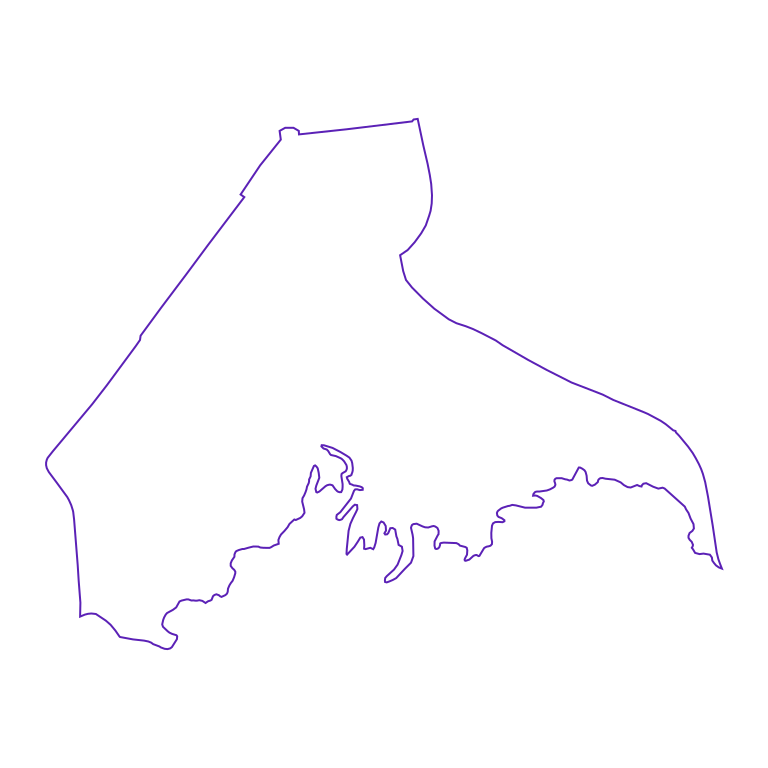 Minshat Nasir, Al Qahirah, Egypt
{"feature_id": "37247803B62139513677683", "entity_name": "Minshat Nasir", "entity_type": "district", "adm_level": 2, "iso_a3": "EGY", "parent_name": "Egypt", "parent_adm1": "Al Qahirah", "projection": "orthographic", "projection_center": [31.288, 30.043], "detail": "fine", "context": "isolated", "style": "outline", "palette": "violet", "viewbox_px": 768, "rotation_deg": 0, "n_neighbors": 0, "source": "geoboundaries", "source_scale": "gbopen_adm2", "svg_char_len": 6103}
<svg xmlns="http://www.w3.org/2000/svg" viewBox="0 0 768 768"><path d="M74.1,519.6L77.7,565.1L78.7,581.0L80.4,602.7L80.1,616.6L84.9,614.6L88.1,613.8L91.4,613.5L95.9,614.0L105.8,620.6L110.6,624.8L115.4,630.6L119.4,636.4L120.0,637.0L133.0,639.4L144.0,640.6L148.4,641.5L151.3,642.7L153.1,644.1L159.5,646.5L160.8,647.4L164.6,648.8L167.5,649.1L170.2,648.4L171.9,647.1L176.9,639.2L177.2,636.3L176.4,635.2L172.1,633.9L169.4,632.6L167.6,631.2L163.0,626.8L162.2,624.4L163.2,619.9L164.1,617.5L165.7,614.6L167.1,613.0L173.0,609.8L176.2,607.4L179.5,601.5L181.5,600.6L186.5,599.4L188.3,599.4L191.4,600.5L193.4,600.4L195.7,600.7L196.8,600.7L199.3,600.2L202.4,600.9L205.5,603.0L208.0,601.3L210.5,600.5L211.6,599.8L213.0,596.2L214.4,595.0L216.4,594.3L218.9,595.2L220.0,596.2L221.5,596.9L225.4,595.1L227.0,593.6L227.7,591.8L228.0,588.7L229.4,585.4L230.8,583.1L232.6,580.8L234.1,577.2L235.3,573.2L235.3,571.6L234.2,569.8L232.4,568.2L230.7,565.9L230.7,563.3L231.9,560.4L234.4,556.8L234.5,554.4L235.4,552.2L236.3,551.1L238.9,550.0L242.4,549.0L244.0,549.0L248.5,547.7L253.3,546.5L258.3,546.6L260.3,547.5L263.4,547.8L269.5,547.9L271.1,547.2L273.8,545.5L278.7,543.8L278.4,540.0L279.5,537.1L281.0,534.5L284.4,531.0L287.6,527.2L289.5,523.9L294.3,519.5L295.8,520.0L300.3,517.9L302.2,516.3L304.5,512.8L304.1,509.4L302.2,501.6L302.5,498.2L304.1,495.5L305.5,492.2L306.5,489.3L307.0,486.7L308.7,483.1L309.1,481.3L309.1,479.5L310.6,476.4L310.9,472.9L313.9,466.0L315.1,465.4L316.4,466.5L317.7,468.3L318.7,472.8L319.3,477.8L316.3,485.6L315.5,488.8L316.3,492.1L317.2,492.5L319.4,491.5L325.5,486.2L327.2,485.2L329.2,484.7L330.5,484.7L332.5,485.3L335.1,489.0L337.1,491.1L338.2,491.8L339.7,492.2L341.2,492.1L342.4,489.5L342.6,486.8L342.6,484.1L341.4,476.4L341.4,475.3L341.6,474.0L342.4,473.2L345.7,471.3L346.6,469.6L346.9,468.3L346.8,466.5L346.4,465.0L344.1,461.3L342.2,459.3L340.8,458.3L335.9,456.1L331.0,455.0L330.1,454.2L328.2,451.0L326.7,449.5L323.5,448.5L321.4,446.4L321.7,445.2L324.0,445.3L332.5,447.9L340.4,452.0L346.6,455.7L349.4,457.6L351.5,460.6L352.2,463.1L352.8,468.0L352.7,470.7L352.2,472.7L351.8,473.5L351.5,474.8L350.4,475.7L349.0,476.0L346.8,477.2L347.2,478.7L349.1,481.8L349.8,483.8L352.5,484.8L353.5,485.4L355.8,485.6L359.7,486.4L361.8,487.2L362.8,488.2L362.7,489.8L359.8,490.1L357.1,489.3L355.2,489.4L354.0,490.8L351.0,498.5L340.3,512.2L336.8,514.9L336.4,516.6L336.4,518.7L337.5,519.5L339.2,520.1L340.6,519.8L342.0,519.2L343.6,516.9L352.8,506.4L354.8,504.7L357.1,505.1L357.4,509.0L356.2,511.7L353.0,518.0L350.4,523.8L348.6,530.7L346.8,548.6L346.5,553.9L347.1,554.6L354.4,546.8L357.8,541.7L360.3,537.6L362.5,537.1L364.0,539.6L364.3,545.2L364.1,548.7L365.6,549.1L370.3,547.8L373.2,549.2L374.2,547.5L375.6,543.0L378.3,527.6L379.5,523.4L381.3,521.5L383.6,522.5L385.7,526.0L386.0,530.6L384.4,533.3L385.2,534.5L387.1,534.3L388.3,533.0L390.3,528.2L392.7,528.0L395.2,529.6L396.4,536.4L397.4,538.9L398.6,544.9L401.9,546.7L402.6,551.0L401.4,555.0L397.6,564.6L394.0,569.6L386.8,576.1L385.2,578.0L384.9,580.5L385.1,582.0L386.7,582.4L389.2,581.5L392.7,580.0L396.2,578.1L404.9,568.8L411.0,562.7L413.4,556.1L413.1,538.2L412.6,534.8L411.0,527.8L411.5,526.1L412.1,524.9L413.4,524.1L416.7,523.7L422.5,526.4L425.1,527.3L428.2,527.5L432.0,526.3L433.6,526.0L435.0,526.4L436.5,527.3L437.5,528.1L438.6,530.8L438.6,532.0L438.5,534.3L437.8,535.2L434.6,541.4L434.5,545.7L435.2,548.5L436.1,549.0L437.7,548.7L439.2,547.4L440.0,545.2L440.2,543.5L441.1,543.0L443.8,542.6L456.4,543.1L458.6,544.2L459.9,545.6L465.3,547.0L466.7,547.8L467.3,550.3L467.0,554.7L465.1,558.2L464.6,559.4L464.8,560.5L465.7,560.8L469.3,559.6L473.5,555.8L475.3,555.1L476.6,555.0L478.5,556.1L479.4,555.9L484.1,548.1L485.5,547.2L486.9,546.6L488.7,546.3L490.5,545.7L491.9,544.2L492.1,541.8L491.4,538.2L491.3,532.9L492.0,525.7L493.0,523.4L495.2,522.1L498.4,521.9L502.6,522.2L504.4,521.3L504.4,520.2L501.7,518.2L498.5,516.9L497.3,515.5L496.9,513.0L497.5,511.5L498.2,510.7L501.2,508.4L503.0,507.6L508.1,506.0L509.7,505.8L512.2,504.9L515.9,505.4L525.2,507.7L536.2,507.7L541.1,506.7L542.6,504.7L542.8,503.4L543.8,501.4L543.4,500.0L540.9,498.0L537.2,495.9L535.4,495.5L533.1,495.7L533.4,494.1L534.3,492.9L535.3,491.9L537.1,491.5L539.7,491.5L546.8,490.5L549.9,489.4L553.1,487.7L554.6,486.6L555.4,484.8L555.1,483.2L554.4,481.3L554.5,479.9L555.3,478.8L556.5,478.2L561.7,478.2L565.2,479.3L567.1,479.6L569.4,480.5L571.3,480.1L572.3,479.6L578.8,467.5L580.0,467.5L582.3,468.7L584.5,470.3L585.6,472.0L586.6,475.7L587.0,480.6L588.2,483.3L591.0,485.5L592.2,485.8L594.8,484.7L597.8,482.1L598.2,480.2L598.8,479.3L600.3,478.2L602.6,478.0L605.4,478.7L614.7,479.7L620.7,482.4L623.9,485.1L627.6,487.1L630.7,487.5L637.1,485.0L639.5,486.1L641.5,486.5L641.9,485.3L643.4,483.7L646.2,483.2L653.1,486.7L658.3,488.6L662.6,487.7L664.6,488.5L684.8,506.6L686.1,509.4L688.5,513.0L690.6,518.6L693.5,524.1L693.9,528.5L692.4,530.9L689.6,533.0L688.5,535.8L688.5,537.8L689.7,539.8L691.7,541.8L693.0,544.9L692.6,546.5L691.8,547.8L693.0,549.3L695.1,552.9L699.5,554.1L703.5,553.6L709.9,554.7L711.9,557.5L712.3,560.6L714.0,563.0L716.0,565.4L718.8,567.4L721.9,568.6L720.1,564.0L718.4,559.3L716.7,552.5L712.7,525.5L708.0,496.7L705.2,482.2L702.9,473.9L701.2,469.2L698.9,464.1L695.7,458.1L692.7,453.0L688.1,446.6L679.0,435.6L675.9,432.4L675.5,431.0L673.2,430.3L665.6,424.1L660.7,420.8L648.0,414.0L644.1,412.3L613.4,400.0L602.7,394.6L571.5,382.5L546.8,370.0L528.1,359.9L502.6,345.2L495.8,340.5L481.9,333.3L472.9,329.0L465.7,326.2L456.4,323.2L448.8,319.3L434.3,308.7L422.9,298.5L412.0,287.5L406.0,280.0L403.2,271.1L400.1,255.2L407.7,250.0L414.7,242.2L421.2,233.3L425.8,225.4L429.2,215.5L430.6,210.8L431.7,203.5L432.0,195.3L431.2,184.0L429.8,175.0L427.6,163.8L423.3,145.4L417.7,118.9L413.6,119.5L412.1,121.4L346.5,129.3L299.0,134.4L298.8,130.9L293.5,127.8L285.2,127.8L279.6,130.9L280.8,139.6L260.2,165.3L240.6,194.5L244.3,197.1L208.1,244.9L187.2,273.1L161.0,307.9L140.6,335.7L140.0,340.0L135.9,345.9L106.9,385.2L92.2,404.2L52.9,451.2L47.7,457.8L46.8,459.7L46.1,462.5L46.1,465.2L46.8,468.2L48.8,472.0L57.0,483.0L67.3,497.1L69.0,500.2L71.2,505.1L72.8,510.2L73.2,511.9L74.1,519.6Z" fill="none" stroke="#5b21b6" stroke-width="2"/></svg>